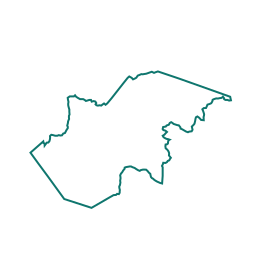 outline of Monsenhor Tabosa, Ceará, Brazil, rotated 226°
{"feature_id": "56859067B83702629342983", "entity_name": "Monsenhor Tabosa", "entity_type": "district", "adm_level": 2, "iso_a3": "BRA", "parent_name": "Brazil", "parent_adm1": "Ceará", "projection": "orthographic", "projection_center": [-40.061, -4.94], "detail": "fine", "context": "isolated", "style": "outline", "palette": "teal", "viewbox_px": 256, "rotation_deg": 226, "n_neighbors": 0, "source": "geoboundaries", "source_scale": "gbopen_adm2", "svg_char_len": 2842}
<svg xmlns="http://www.w3.org/2000/svg" viewBox="0 0 256 256"><g transform="rotate(226 128 128)"><path d="M177.2,57.7L178.0,40.7L165.3,38.9L148.7,36.7L121.2,32.8L95.9,46.3L90.7,67.3L90.2,69.1L89.8,70.9L88.2,72.9L88.2,74.4L86.8,75.5L87.2,77.0L88.1,77.9L89.1,79.1L91.0,80.2L92.1,81.2L92.4,82.3L93.2,83.5L94.1,84.7L95.5,85.7L97.0,87.7L98.1,88.6L99.4,89.5L100.1,91.3L100.2,93.0L100.8,95.1L101.0,97.1L101.8,98.1L101.2,99.5L100.3,100.8L99.3,102.3L98.2,103.5L96.7,104.0L94.7,105.0L92.7,105.4L90.5,106.0L89.0,106.7L88.8,108.0L87.6,110.0L86.6,111.0L85.4,112.1L83.4,112.2L81.3,112.0L79.6,112.2L78.2,111.3L76.8,110.5L75.4,110.4L74.1,110.8L72.3,110.9L71.0,111.2L69.2,111.7L67.8,112.3L66.2,112.9L64.4,114.0L69.5,119.7L75.7,125.7L77.1,126.1L77.7,127.9L78.5,129.2L76.8,130.7L76.4,132.3L76.7,133.7L76.1,135.2L76.6,136.8L76.8,138.1L79.8,138.4L81.3,140.1L83.1,140.9L85.2,141.2L87.2,141.0L88.9,142.2L90.0,143.6L89.2,144.7L89.1,145.9L90.0,147.0L91.0,148.4L90.7,149.8L92.3,149.0L93.3,148.2L94.9,147.6L96.7,147.2L98.3,147.6L97.9,149.6L98.1,151.4L98.1,153.3L99.3,153.2L100.7,152.8L101.9,152.0L103.2,152.2L104.3,154.0L103.5,155.1L102.8,156.2L103.0,157.5L102.0,159.6L102.6,161.5L102.2,163.1L100.7,163.5L99.3,163.6L95.9,165.4L94.6,166.4L92.0,166.1L91.0,165.4L89.7,166.0L88.0,166.5L85.1,167.3L83.3,168.2L82.9,169.5L81.4,171.5L81.9,173.2L84.7,174.9L84.7,177.1L84.9,178.8L86.5,181.3L87.7,182.9L88.5,184.3L88.1,185.9L86.1,186.3L84.7,186.3L83.0,186.2L81.0,187.9L83.4,190.0L84.1,191.2L85.0,192.3L86.7,193.2L88.2,193.9L89.8,194.5L89.7,196.3L88.2,198.0L88.8,199.6L89.6,201.4L88.6,203.4L88.0,205.1L88.5,207.0L89.5,208.5L89.0,210.0L88.0,212.0L86.7,213.2L85.8,214.7L84.6,216.3L84.6,218.0L83.1,217.9L81.9,217.2L80.5,217.6L79.0,219.1L77.5,219.8L76.4,221.3L79.5,223.2L127.0,199.6L131.3,197.4L147.9,188.8L148.9,186.7L149.6,185.0L151.9,184.2L152.7,182.5L153.6,180.5L154.4,178.8L155.4,177.4L156.4,175.9L157.5,175.0L158.2,173.1L158.9,171.4L158.4,168.9L158.8,167.3L159.5,165.4L161.5,165.5L164.2,164.7L164.3,162.6L163.4,155.6L160.8,136.7L160.1,130.1L160.3,128.0L162.3,127.8L162.6,125.9L162.7,124.4L164.2,123.2L165.0,121.9L166.3,121.1L167.6,121.1L168.0,122.5L169.7,122.9L171.2,122.0L172.2,120.2L173.9,120.9L175.1,119.6L176.0,117.8L176.7,116.5L178.4,116.3L179.9,115.8L181.0,114.7L182.0,113.6L184.3,112.9L186.5,112.4L188.3,112.6L188.3,111.0L189.5,109.8L191.2,108.0L191.6,105.6L190.1,104.5L188.1,103.3L186.9,101.7L185.6,100.6L184.4,99.9L183.3,99.3L182.0,98.6L180.7,97.3L179.4,96.2L178.3,95.3L177.8,94.0L176.6,92.8L175.4,91.9L174.9,90.6L174.3,89.4L173.3,88.2L172.5,86.9L171.9,85.9L170.6,85.5L169.7,84.5L169.3,82.5L168.7,80.7L168.2,79.2L169.0,77.5L168.6,75.4L169.7,74.0L170.9,73.3L171.6,71.7L173.1,70.2L175.0,69.1L176.4,68.1L176.4,66.3L175.1,65.2L174.1,64.0L173.1,62.3L172.9,60.6L173.9,59.4L173.3,55.9L174.8,57.2L175.9,56.8L177.2,57.7Z" fill="none" stroke="#0f766e" stroke-width="2"/></g></svg>